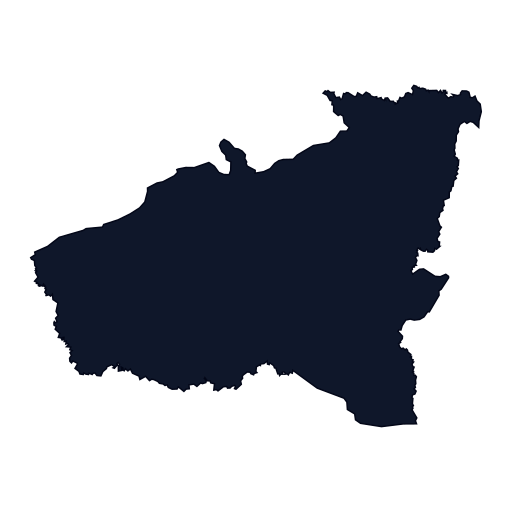 Si That, Udon Thani, Thailand
{"feature_id": "78962969B71441288528708", "entity_name": "Si That", "entity_type": "district", "adm_level": 2, "iso_a3": "THA", "parent_name": "Thailand", "parent_adm1": "Udon Thani", "projection": "mercator", "projection_center": [103.258, 17.041], "detail": "fine", "context": "isolated", "style": "filled", "palette": "ink", "viewbox_px": 512, "rotation_deg": 0, "n_neighbors": 0, "source": "geoboundaries", "source_scale": "gbopen_adm2", "svg_char_len": 5969}
<svg xmlns="http://www.w3.org/2000/svg" viewBox="0 0 512 512"><path d="M313.4,145.5L297.2,155.1L293.2,159.3L283.3,159.5L278.8,160.7L274.7,163.4L270.2,168.7L263.7,171.7L255.1,173.2L255.2,170.3L247.2,166.1L246.1,163.4L246.7,162.0L244.8,158.5L245.4,154.8L242.3,151.2L238.4,149.0L234.4,148.4L229.0,142.2L224.0,139.4L220.9,142.1L219.5,145.6L221.9,151.4L225.7,155.1L226.3,159.6L230.9,161.9L230.7,170.5L229.1,174.7L223.8,174.5L218.8,172.4L214.4,166.3L208.9,162.5L194.3,167.6L185.8,167.5L178.2,169.0L176.8,169.6L177.7,172.3L174.3,175.8L162.9,181.8L157.0,183.0L147.5,188.0L147.6,191.4L144.8,202.0L139.6,207.9L130.2,213.9L118.0,219.9L103.7,224.5L102.5,227.1L86.1,228.6L83.2,230.4L59.3,237.3L47.6,246.4L34.7,252.1L35.3,254.7L30.7,257.6L31.5,259.2L34.4,260.5L34.8,265.4L36.5,268.0L35.5,268.8L36.5,270.8L35.5,270.9L36.4,271.8L35.6,272.7L38.1,277.1L34.6,281.2L37.2,282.6L36.6,283.4L38.4,283.7L38.4,285.6L39.3,286.2L40.1,286.0L39.5,284.7L42.3,286.0L43.5,284.0L44.7,285.4L43.4,285.9L45.7,287.1L45.0,288.6L46.2,289.4L44.8,292.1L46.7,294.8L45.5,295.7L48.9,294.8L50.6,296.1L52.4,294.3L53.0,299.6L57.9,302.9L56.1,311.5L58.2,315.5L55.6,318.2L57.1,321.7L55.2,322.8L54.3,321.7L53.9,322.7L54.0,325.1L56.3,326.5L55.2,329.2L59.7,333.4L58.3,337.4L60.9,337.8L62.1,340.0L63.5,338.7L62.7,337.5L64.0,337.3L64.2,341.5L66.3,341.2L65.8,344.0L67.7,343.4L68.6,344.5L66.5,346.7L70.8,347.1L69.8,349.7L72.2,350.6L70.0,352.7L71.5,355.4L69.6,358.2L69.9,361.3L71.5,362.9L72.8,361.0L77.0,363.0L77.4,364.2L75.0,368.4L79.0,371.4L79.9,374.0L83.3,374.5L83.8,372.9L85.8,374.1L88.5,374.5L89.0,373.2L92.2,374.5L93.1,373.3L95.0,373.0L96.9,375.5L100.9,375.9L102.8,371.6L106.4,368.6L106.8,366.9L111.6,364.7L114.8,366.8L113.1,367.8L114.4,368.3L116.8,365.5L118.0,365.8L116.9,363.5L118.1,362.5L119.6,364.2L118.3,367.7L118.4,371.1L121.9,370.4L121.3,367.1L122.8,367.8L123.1,370.1L124.2,370.8L125.4,368.7L127.9,370.9L130.4,369.0L132.5,373.2L139.0,376.1L139.9,379.5L145.6,376.3L149.5,380.6L151.7,379.2L153.9,379.6L157.9,381.5L159.4,383.3L163.2,384.0L165.0,385.5L167.1,384.8L168.3,387.4L172.1,389.2L177.1,389.0L178.3,386.8L183.9,391.4L186.1,389.1L189.3,388.8L188.9,384.9L193.8,384.1L196.9,386.4L200.6,383.0L202.5,383.6L205.8,382.6L206.2,380.9L204.3,378.5L204.8,377.6L207.3,380.8L210.0,380.9L210.8,382.9L214.5,383.7L213.8,390.1L216.3,389.6L218.0,390.9L223.5,386.7L226.7,386.5L227.5,388.1L230.1,388.0L231.7,386.3L234.6,385.4L235.5,386.6L234.5,388.6L236.0,389.2L241.3,384.3L240.6,380.8L242.6,378.3L242.3,376.2L243.3,374.9L247.2,372.0L250.1,372.2L250.9,373.7L253.6,374.8L254.1,373.5L256.9,372.6L255.9,371.5L256.4,366.8L259.3,365.1L260.4,365.5L260.5,364.0L263.9,363.6L267.2,361.0L267.5,364.1L269.2,364.6L269.6,363.1L270.4,363.2L273.7,365.6L274.5,367.9L275.8,368.0L277.8,373.9L279.2,373.7L279.6,375.5L280.8,374.2L283.1,374.2L282.1,372.4L283.7,371.8L285.3,372.9L284.8,374.2L287.3,373.9L288.3,374.9L289.7,372.3L292.3,373.2L292.8,370.3L317.2,388.1L344.0,398.2L346.9,402.1L347.4,409.5L354.7,413.9L355.5,419.8L360.5,423.3L381.5,426.6L403.3,423.9L416.5,423.8L415.4,420.7L416.8,417.9L412.0,409.8L412.9,408.3L412.4,406.6L413.4,405.7L412.4,403.7L412.9,398.4L411.9,397.7L412.5,394.9L414.9,394.0L416.1,391.1L413.9,388.8L415.4,387.5L414.8,385.3L415.8,383.8L415.5,380.0L416.4,376.8L415.3,375.3L413.9,375.4L413.8,373.2L412.5,372.2L413.5,371.3L412.7,370.8L414.1,367.1L412.9,366.7L412.0,364.1L413.6,362.0L412.5,361.7L413.1,359.8L411.3,359.2L411.5,356.7L410.5,357.0L410.9,354.5L407.9,352.1L407.4,350.0L406.3,348.9L405.1,349.9L403.1,348.1L401.5,348.9L399.6,346.9L398.6,343.6L400.6,342.4L400.1,341.6L402.3,338.7L402.5,336.2L397.9,331.3L399.1,329.8L400.9,330.0L402.2,325.5L405.8,320.0L410.2,319.1L414.2,320.1L419.7,319.4L424.0,316.9L427.6,311.7L429.3,311.9L439.1,295.2L438.8,290.9L441.2,289.2L448.6,277.8L448.5,276.3L445.8,274.3L440.3,276.7L435.0,276.3L423.6,268.9L419.5,269.3L412.6,274.2L410.9,270.6L412.4,269.5L412.1,267.3L414.3,267.0L414.0,265.6L416.3,265.3L415.5,264.3L416.9,260.4L415.4,257.5L416.6,255.8L418.0,255.8L417.7,253.0L416.6,252.4L417.5,250.6L416.7,250.3L418.1,248.0L419.4,249.1L420.3,248.3L420.7,249.8L423.4,251.2L425.1,251.2L426.5,249.3L427.8,250.3L427.8,251.8L432.9,252.2L434.5,250.7L434.8,248.4L436.5,249.2L439.9,246.3L439.2,246.2L439.6,242.0L437.9,241.5L437.0,238.5L439.8,234.1L438.6,231.7L441.4,227.2L439.9,225.9L437.2,218.4L439.2,216.6L439.8,212.6L443.0,210.3L442.5,208.7L443.4,205.6L444.2,205.5L443.4,200.2L449.2,197.7L449.3,192.0L450.9,190.8L451.8,186.5L453.1,186.2L453.8,180.5L456.4,178.2L455.0,176.1L457.7,173.8L456.4,171.8L458.3,168.5L457.0,166.7L458.3,165.5L458.7,160.0L457.4,160.1L457.4,158.3L454.2,156.3L455.3,154.1L454.1,149.9L454.9,148.2L454.7,143.9L456.2,141.0L456.3,135.1L458.5,131.7L458.0,128.9L460.0,124.3L464.4,121.4L466.9,123.4L470.1,121.4L473.2,122.3L478.7,127.4L479.0,120.8L481.3,111.7L480.2,104.1L476.9,100.9L475.0,96.1L472.6,97.7L470.2,97.4L468.9,92.2L466.6,91.0L462.1,90.9L460.4,93.2L460.6,94.6L457.7,95.6L452.4,94.4L453.8,95.9L453.3,97.1L450.8,96.7L448.3,98.2L444.9,94.4L445.4,93.3L446.9,93.4L446.8,92.2L445.5,92.5L445.5,90.5L442.7,90.4L443.9,91.0L442.0,93.1L440.5,90.4L438.5,92.6L436.7,90.4L429.0,90.6L428.9,91.5L428.1,90.1L426.3,90.8L425.6,89.2L422.8,88.2L419.5,88.6L419.0,87.4L417.9,88.0L416.6,86.3L413.8,85.4L411.8,88.2L413.4,90.7L412.5,94.6L408.1,92.6L405.8,93.5L404.5,96.8L401.8,98.2L400.0,97.4L398.6,100.9L397.4,101.1L397.9,102.9L395.4,104.0L395.6,102.9L394.2,102.7L393.4,101.3L390.2,101.4L387.6,97.9L385.5,98.1L385.6,99.4L385.0,98.6L384.2,100.5L381.4,98.8L381.1,97.6L377.1,98.7L376.7,96.7L374.0,97.1L371.0,96.0L369.7,94.1L366.1,92.2L362.5,95.6L357.7,92.8L356.3,96.3L354.2,96.6L348.1,92.7L346.3,92.6L345.4,93.9L343.6,93.5L342.1,98.8L340.6,99.6L339.4,97.1L335.8,97.6L333.8,93.6L334.1,92.2L330.3,92.4L328.0,90.6L327.1,91.6L325.2,90.9L323.1,93.2L327.2,95.3L330.1,100.5L332.3,100.8L331.9,104.7L333.3,105.0L333.7,106.5L333.6,111.6L338.2,115.5L340.3,114.4L343.1,116.0L344.2,122.8L349.3,127.5L346.8,131.1L340.4,131.2L335.9,137.8L329.3,142.9L313.4,145.5Z" fill="#0f172a" stroke="#020617" stroke-width="1.5"/></svg>